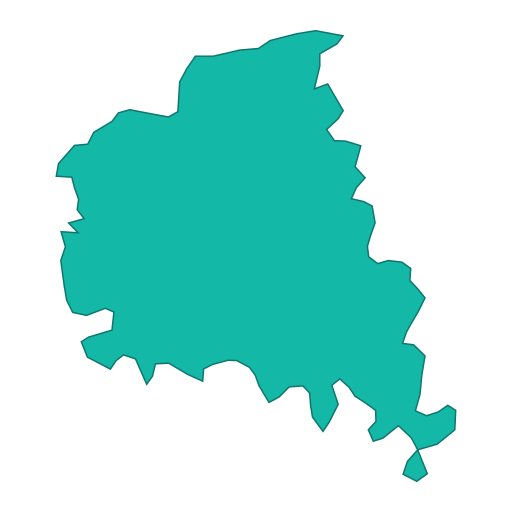 Pouso Novo, Rio Grande do Sul, Brazil
{"feature_id": "56859067B59341670887428", "entity_name": "Pouso Novo", "entity_type": "district", "adm_level": 2, "iso_a3": "BRA", "parent_name": "Brazil", "parent_adm1": "Rio Grande do Sul", "projection": "mercator", "projection_center": [-52.22, -29.162], "detail": "fine", "context": "isolated", "style": "filled", "palette": "teal", "viewbox_px": 512, "rotation_deg": 0, "n_neighbors": 0, "source": "geoboundaries", "source_scale": "gbopen_adm2", "svg_char_len": 1668}
<svg xmlns="http://www.w3.org/2000/svg" viewBox="0 0 512 512"><path d="M343.2,110.7L327.7,84.0L314.3,88.9L319.8,66.2L319.8,53.8L337.1,43.8L343.0,35.8L315.5,30.7L296.5,33.8L270.3,40.5L258.5,48.5L239.6,50.1L213.2,56.2L195.4,56.2L187.0,68.3L179.7,81.9L177.9,111.7L168.3,117.0L143.2,112.3L129.8,109.7L118.4,112.9L112.1,121.3L93.8,132.3L87.7,144.2L74.5,145.4L58.5,163.6L56.3,176.2L71.8,177.2L74.5,187.8L78.6,199.3L77.2,209.7L84.1,218.7L68.6,223.0L78.1,232.8L61.1,231.7L65.4,246.8L60.8,260.5L64.4,286.9L66.7,300.3L72.7,312.4L86.5,315.4L105.2,308.3L113.9,312.0L112.0,330.1L88.6,337.1L81.3,341.8L87.4,357.1L110.4,369.1L116.1,360.6L123.5,354.9L135.5,358.9L146.7,384.3L152.4,376.3L155.5,363.8L168.8,363.2L187.5,374.3L202.7,381.2L203.6,368.9L212.7,364.4L228.2,360.2L236.9,360.6L249.4,367.3L255.3,375.3L259.0,385.7L269.0,402.4L279.2,396.9L289.2,386.9L302.9,385.9L309.7,393.2L310.6,405.7L312.5,417.1L323.0,431.4L329.4,421.8L338.2,404.3L331.8,385.3L339.8,378.9L349.1,387.3L355.1,396.3L365.6,403.0L375.6,410.4L376.0,421.4L368.3,429.8L373.3,441.2L382.9,438.2L398.4,425.7L411.3,437.8L417.7,449.8L437.3,444.1L454.8,429.8L455.7,410.4L447.8,405.3L438.2,412.0L426.4,415.7L415.4,410.8L420.0,394.3L421.8,375.3L425.0,355.9L413.6,344.8L402.5,343.4L406.6,331.8L411.3,323.4L418.6,310.9L425.0,297.9L418.1,289.3L409.9,280.5L410.7,268.5L402.0,262.2L388.3,260.5L377.8,263.6L368.7,256.8L367.4,246.4L370.5,235.8L375.1,222.8L372.1,206.0L364.0,201.7L351.4,198.7L356.4,187.6L365.1,177.8L355.1,166.8L360.8,145.8L345.5,141.1L334.4,140.7L326.6,129.5L338.2,118.7L343.2,110.7ZM427.3,473.7L417.7,449.8L407.5,461.3L403.1,474.3L416.8,481.3L427.3,473.7Z" fill="#14b8a6" stroke="#0f766e" stroke-width="1.5"/></svg>